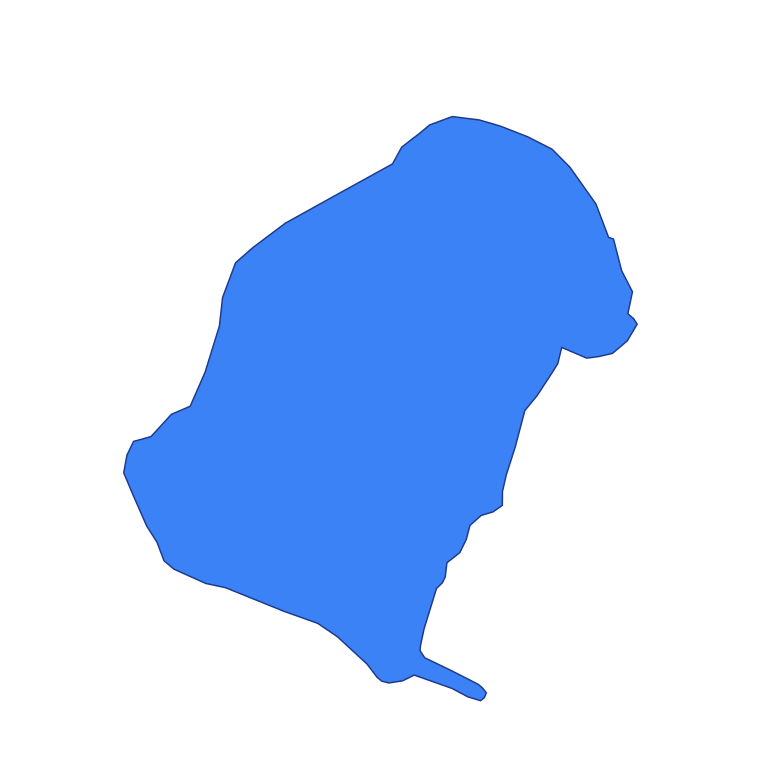 Romanum, Federated States of Micronesia (Equal Earth projection), rotated 289°
{"feature_id": "79324940B2469111888954", "entity_name": "Romanum", "entity_type": "district", "adm_level": 2, "iso_a3": "FSM", "parent_name": "Federated States of Micronesia", "parent_adm1": "", "projection": "equal_earth", "projection_center": [151.668, 7.411], "detail": "fine", "context": "isolated", "style": "filled", "palette": "blue", "viewbox_px": 768, "rotation_deg": 289, "n_neighbors": 0, "source": "geoboundaries", "source_scale": "gbopen_adm2", "svg_char_len": 1179}
<svg xmlns="http://www.w3.org/2000/svg" viewBox="0 0 768 768"><g transform="rotate(289 384 384)"><path d="M278.3,511.3L291.4,518.7L298.6,528.7L307.8,535.4L321.0,531.0L338.2,529.2L367.1,528.6L404.7,525.8L423.1,532.6L448.7,539.1L459.9,541.7L476.4,540.1L474.5,567.3L479.9,578.2L487.4,590.1L504.1,600.0L523.0,603.9L527.0,598.8L529.8,591.7L552.1,588.9L568.5,571.8L595.8,553.8L595.8,548.6L623.2,525.8L649.5,489.2L660.7,466.5L664.5,439.4L665.7,409.8L664.7,388.2L659.1,361.5L643.9,342.9L631.9,335.6L625.2,331.1L613.6,323.6L594.9,320.4L543.8,274.2L504.0,238.4L470.6,215.8L450.4,204.2L413.3,203.2L385.2,209.5L337.1,211.0L299.9,208.0L286.2,192.9L258.4,180.8L248.2,165.9L233.0,164.1L215.3,166.8L196.0,184.1L172.4,205.9L160.6,220.8L145.3,233.5L140.5,245.8L137.4,280.5L139.8,300.3L136.5,363.3L136.1,399.3L129.9,422.1L113.7,459.1L104.4,473.0L102.3,478.7L102.9,485.9L106.2,492.2L109.4,498.2L118.6,507.3L118.3,547.4L115.5,565.0L116.0,578.4L120.0,581.0L125.3,581.3L128.6,576.2L130.7,571.0L134.9,541.1L138.4,511.6L143.7,504.8L149.0,503.6L165.6,501.6L207.8,500.2L215.0,503.9L221.6,504.7L235.5,501.7L249.3,510.6L263.8,512.4L278.3,511.3Z" fill="#3b82f6" stroke="#1e3a8a" stroke-width="1.5"/></g></svg>